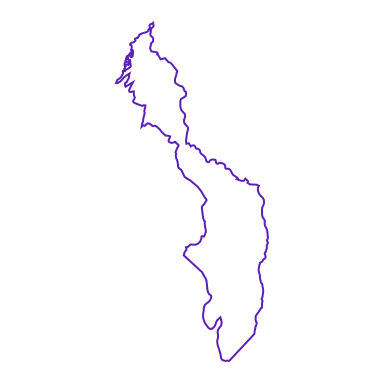 outline of Bolívar
{"feature_id": "COL-1413", "entity_name": "Bolívar", "entity_type": "Department", "adm_level": 1, "iso_a3": "COL", "parent_name": "Colombia", "parent_adm1": "", "projection": "robinson", "projection_center": [-74.836, 8.903], "detail": "fine", "context": "isolated", "style": "outline", "palette": "violet", "viewbox_px": 384, "rotation_deg": 0, "n_neighbors": 0, "source": "natural_earth", "source_scale": "10m", "svg_char_len": 5939}
<svg xmlns="http://www.w3.org/2000/svg" viewBox="0 0 384 384"><path d="M125.6,86.7L125.0,85.3L125.0,83.5L125.7,82.5L126.3,82.4L126.8,82.1L127.9,79.6L128.7,78.2L129.0,77.2L129.2,74.4L129.5,73.5L127.0,75.1L123.8,77.5L120.7,81.2L117.5,83.2L116.1,83.0L117.2,80.0L120.5,77.7L121.7,76.0L122.2,74.9L122.9,73.8L123.1,72.8L122.8,71.7L123.0,71.0L124.7,71.1L124.3,70.3L124.2,69.6L124.3,68.8L124.8,68.1L125.4,69.9L127.0,69.4L129.8,67.4L130.7,66.6L130.6,64.6L130.2,62.2L130.1,60.2L129.5,60.2L128.9,60.6L128.5,60.1L128.0,57.7L127.4,57.7L126.9,59.1L126.5,59.4L125.8,59.6L126.8,56.5L127.3,56.0L128.3,55.5L128.8,55.0L131.0,52.2L131.7,51.7L131.3,53.2L130.5,55.0L130.2,56.5L131.4,57.2L132.5,56.4L132.9,54.5L133.0,52.3L132.8,50.5L132.5,50.1L131.1,49.9L131.2,49.3L131.7,48.0L131.6,46.0L131.3,45.3L130.3,45.0L130.0,44.6L130.4,43.8L131.2,43.0L132.0,42.6L132.9,42.5L133.9,42.1L134.8,41.5L135.5,40.7L135.5,40.3L134.9,39.4L134.9,39.0L136.6,38.0L137.3,38.1L137.8,37.9L138.1,36.8L138.4,36.8L138.9,36.0L139.4,35.1L139.4,34.6L141.8,33.5L146.9,32.0L147.7,31.3L148.5,29.9L149.1,29.1L149.6,28.9L150.4,29.3L150.8,29.6L150.9,30.1L150.5,30.7L150.4,31.1L150.9,31.7L150.9,32.0L150.3,33.4L150.3,34.2L150.4,35.2L152.7,37.6L153.1,38.5L153.2,39.2L153.1,41.1L152.9,41.7L152.6,42.1L151.9,42.5L151.1,43.3L151.0,44.5L150.1,47.9L150.3,49.0L151.1,50.5L151.1,50.8L151.4,51.3L151.9,51.6L154.9,51.9L157.2,52.5L157.5,52.7L157.7,53.3L157.1,54.4L158.3,55.2L160.5,59.2L164.9,58.2L168.5,62.1L170.2,62.6L172.2,64.5L177.3,71.2L176.8,72.4L176.2,75.4L175.2,78.3L174.9,80.2L175.3,82.7L176.1,83.7L177.4,84.3L178.9,85.4L179.5,85.7L181.8,86.2L182.3,86.6L183.5,88.1L184.5,90.8L184.7,91.2L185.8,91.8L186.1,92.6L186.0,94.9L185.5,96.2L184.5,96.9L181.8,98.5L180.9,99.2L180.5,100.4L180.3,102.4L180.4,106.4L180.7,108.2L181.4,110.0L182.1,111.1L184.8,113.9L185.2,115.4L184.9,117.3L184.3,119.2L184.0,120.9L184.2,122.7L184.9,123.9L186.9,126.1L187.9,127.5L188.1,128.9L187.2,132.4L186.0,140.3L186.4,143.7L188.8,143.3L190.9,146.4L191.9,145.7L192.9,145.4L194.0,145.4L194.9,146.1L195.3,146.7L195.7,148.0L196.0,148.5L196.5,148.7L197.5,148.6L197.9,148.8L199.2,149.6L199.7,150.1L200.0,150.9L200.1,152.0L200.5,152.9L201.0,153.6L204.1,156.1L205.4,157.6L206.1,160.4L206.6,161.3L207.3,161.9L208.0,162.2L208.9,162.1L209.3,161.6L210.2,160.3L211.5,159.6L212.7,159.5L215.2,159.8L215.6,160.2L216.1,162.6L216.6,163.4L217.5,163.8L218.3,163.6L218.9,163.1L219.8,162.8L221.2,163.0L223.0,163.6L224.5,164.5L225.1,165.5L225.3,167.9L225.8,168.7L228.8,168.8L230.2,169.8L232.2,173.5L233.4,175.2L236.7,177.2L237.8,178.3L236.8,179.1L239.0,180.1L241.7,180.9L244.1,180.6L245.4,178.6L246.2,179.5L247.3,180.4L248.0,181.4L247.5,182.8L250.0,184.4L256.6,184.7L258.8,185.8L257.8,188.4L258.0,191.1L258.9,193.4L260.1,195.2L262.8,198.0L263.8,199.7L264.1,202.2L263.8,204.1L262.3,207.4L262.0,209.2L262.1,215.0L262.5,216.8L263.0,217.7L264.4,219.7L264.7,220.7L264.7,223.8L265.0,225.8L266.8,229.3L267.3,231.3L267.9,237.6L267.6,239.0L266.9,240.3L267.1,241.1L267.6,241.9L267.9,242.9L267.7,243.5L267.1,244.6L266.8,245.4L266.8,248.0L266.6,248.9L265.9,250.7L265.8,251.7L264.9,252.7L264.7,253.2L264.8,253.7L265.1,254.5L265.6,256.9L265.5,257.7L264.7,258.7L263.9,259.0L263.2,259.8L262.0,261.7L260.1,262.7L260.2,262.9L259.3,265.3L258.8,268.1L258.7,269.7L258.8,271.4L260.1,276.3L259.9,277.5L261.0,282.7L261.8,283.5L262.2,284.3L263.1,289.6L263.2,291.6L262.5,296.6L262.3,297.6L261.8,298.3L261.6,299.1L262.6,301.1L262.0,303.5L262.1,306.6L261.7,307.9L260.7,308.4L260.4,309.3L256.1,315.4L255.6,316.8L255.6,320.2L255.8,321.1L256.5,322.3L256.7,323.3L256.6,324.1L255.6,326.6L254.8,330.3L254.3,334.0L229.1,361.0L227.7,360.6L225.4,360.9L223.9,360.6L222.0,359.7L221.2,358.4L220.6,354.5L219.8,352.0L219.1,349.2L217.8,345.7L217.3,342.9L217.2,340.7L218.0,337.7L218.0,334.2L217.6,332.1L217.9,330.2L218.5,328.9L220.9,325.9L221.4,324.5L221.7,322.3L220.4,317.3L217.3,320.1L216.4,321.7L215.1,325.5L214.1,326.9L212.3,328.6L210.7,328.9L209.2,328.5L207.6,326.8L205.0,323.1L203.5,319.3L203.1,317.0L203.1,314.2L204.1,306.9L205.1,304.7L206.8,303.3L208.5,302.0L209.9,300.5L211.1,298.0L211.3,296.5L210.9,295.4L209.0,294.0L208.1,292.3L207.4,289.7L206.5,280.8L205.7,278.3L204.9,277.3L203.5,274.9L202.1,272.2L183.7,255.3L184.3,253.9L184.3,252.8L184.7,252.0L186.4,249.9L186.5,249.3L186.0,247.2L188.0,246.8L190.3,244.7L191.1,244.5L193.7,244.7L195.8,244.6L197.6,243.9L199.2,242.6L200.4,241.1L201.2,239.0L201.5,236.8L201.7,236.2L202.0,236.1L202.7,236.4L204.0,236.5L204.6,235.4L205.7,232.1L205.9,231.0L205.7,229.5L205.0,226.4L204.8,223.9L204.8,221.9L205.0,221.5L204.0,220.5L203.1,217.8L201.8,207.6L202.5,205.8L204.5,203.8L205.5,201.7L206.5,200.6L206.5,199.9L206.1,199.0L205.0,197.8L201.1,191.1L197.4,186.5L189.9,180.1L187.8,179.1L184.5,176.7L181.5,170.2L180.1,168.9L179.4,168.5L178.6,167.8L178.2,167.0L178.0,165.7L178.0,164.6L177.3,160.7L176.2,158.2L175.9,156.6L175.8,155.5L176.2,153.8L175.5,152.7L175.7,151.8L177.3,147.8L178.7,145.3L178.3,144.7L177.7,144.3L176.1,143.1L175.4,141.9L174.8,142.0L173.8,142.4L172.0,142.9L170.5,142.6L169.3,142.0L168.7,141.4L168.5,140.7L170.2,136.4L167.9,135.7L165.6,135.6L164.7,134.9L161.4,131.6L159.7,129.3L156.6,126.5L155.4,125.9L154.5,125.8L153.6,126.1L152.5,126.0L150.2,124.1L148.8,123.5L147.6,123.4L146.6,123.9L144.7,125.9L143.1,125.2L141.7,126.7L142.4,122.8L143.0,121.7L143.3,118.8L143.6,117.2L144.4,114.5L144.6,113.1L144.3,111.0L144.9,108.2L145.4,106.7L145.4,105.4L143.7,105.2L142.7,105.9L141.6,105.7L135.4,103.3L133.6,102.4L133.1,101.4L133.3,100.6L134.4,98.8L134.7,98.0L134.7,97.2L134.0,95.5L133.9,94.5L133.8,91.4L132.4,91.5L131.1,92.0L130.0,91.9L129.3,91.5L129.1,90.7L129.4,89.3L133.0,82.2L125.6,86.7ZM153.0,27.2L153.0,26.8L151.8,28.0L151.4,28.6L149.9,27.6L149.4,26.0L150.1,24.4L152.8,23.4L153.1,23.0L153.3,23.7L153.6,25.8L153.0,27.2ZM125.2,62.3L126.0,61.4L126.6,61.8L127.6,62.3L129.0,62.7L129.2,63.8L128.3,64.8L126.7,64.4L126.0,64.9L125.8,66.0L125.5,66.6L124.9,66.6L124.6,65.5L124.5,64.1L124.7,63.0L125.2,62.3Z" fill="none" stroke="#5b21b6" stroke-width="2"/></svg>